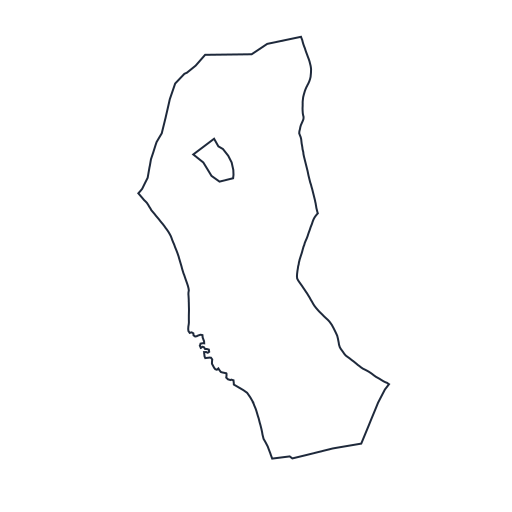 the district of Al Bayda, Al Bayda', Yemen, rotated 166°
{"feature_id": "15242507B85556873908580", "entity_name": "Al Bayda", "entity_type": "district", "adm_level": 2, "iso_a3": "YEM", "parent_name": "Yemen", "parent_adm1": "Al Bayda'", "projection": "robinson", "projection_center": [45.56, 14.065], "detail": "fine", "context": "isolated", "style": "outline", "palette": "slate", "viewbox_px": 512, "rotation_deg": 166, "n_neighbors": 0, "source": "geoboundaries", "source_scale": "gbopen_adm2", "svg_char_len": 5890}
<svg xmlns="http://www.w3.org/2000/svg" viewBox="0 0 512 512"><g transform="rotate(166 256 256)"><path d="M256.7,463.5L268.5,455.3L271.5,453.9L274.5,452.5L278.4,450.7L278.5,450.6L281.4,450.1L292.7,442.9L301.7,429.0L303.7,425.0L307.2,418.1L309.5,413.6L310.7,411.2L310.9,410.9L312.2,408.4L314.9,403.3L317.8,397.8L319.3,396.3L321.3,394.3L324.9,390.6L326.7,387.8L330.8,381.1L334.5,375.3L337.2,369.2L337.9,367.8L342.2,358.1L346.0,353.7L350.2,348.7L352.5,347.0L355.0,345.3L354.1,343.5L353.1,341.5L352.0,339.3L351.1,337.4L350.0,335.7L349.2,334.3L349.0,333.9L348.3,331.9L348.1,331.3L347.7,329.8L347.0,327.8L346.7,326.7L346.5,325.8L345.5,323.8L344.3,321.4L343.4,319.3L342.5,317.5L341.4,315.3L340.5,313.2L339.6,311.3L338.6,309.3L338.4,308.8L337.7,307.2L336.8,304.8L336.5,304.2L335.9,302.7L335.1,300.5L334.4,298.1L333.9,296.1L333.6,294.0L333.4,291.7L333.1,289.8L333.1,289.4L333.0,289.0L332.7,287.4L332.7,287.1L332.6,286.6L332.4,284.3L332.1,282.3L331.8,280.2L331.6,278.5L331.5,277.7L331.3,275.2L331.2,274.3L331.2,273.0L331.1,270.8L331.0,268.5L330.9,266.3L330.8,263.9L330.8,261.8L330.7,259.5L330.6,258.2L330.6,257.3L330.4,255.6L330.3,255.1L330.1,252.6L329.9,250.2L329.7,248.2L329.5,246.1L329.3,243.3L329.3,242.9L329.3,241.0L329.5,238.9L330.4,236.8L330.9,235.0L330.9,234.8L331.3,232.6L331.7,230.5L332.1,228.7L332.2,228.4L332.3,227.9L332.5,226.8L332.6,226.5L332.7,226.0L333.3,223.4L333.8,221.1L334.2,219.4L335.5,214.7L336.5,210.7L337.2,207.7L337.8,206.0L338.7,203.9L339.4,201.7L339.5,201.2L339.7,199.5L338.9,197.4L338.0,197.5L337.0,197.5L336.4,197.0L335.5,196.1L335.8,194.1L334.9,193.1L334.5,192.6L334.4,192.6L332.9,192.5L331.7,192.8L330.7,192.9L329.5,193.0L328.8,193.0L327.1,192.2L327.4,190.3L327.4,190.2L327.4,189.9L327.5,189.6L327.3,188.8L327.3,188.1L327.0,185.9L327.4,183.8L328.2,184.1L328.4,184.2L328.7,184.2L329.2,184.3L331.0,184.4L331.6,183.3L332.2,182.6L331.9,181.1L331.8,180.1L331.7,180.1L330.0,180.9L329.4,180.6L328.6,180.1L328.0,178.4L327.9,178.1L326.1,177.6L324.4,176.6L324.6,174.4L326.2,173.8L327.2,174.5L327.6,174.9L327.8,174.9L329.6,175.3L329.6,175.1L329.9,173.8L329.9,173.3L330.2,171.2L330.2,170.8L329.9,169.2L329.7,169.2L326.1,168.7L325.7,168.7L325.2,168.5L324.3,168.2L323.5,166.2L323.7,165.7L324.3,164.0L324.8,162.1L323.7,157.8L322.9,156.0L321.5,155.1L319.7,156.0L319.4,154.8L318.2,152.0L317.1,151.3L313.2,149.4L313.1,148.9L313.5,147.2L314.3,145.2L313.0,143.1L310.8,141.8L309.9,142.0L307.9,140.8L308.0,140.3L308.2,138.9L308.2,138.7L308.5,137.0L308.6,136.8L308.6,136.6L308.3,136.3L300.9,129.1L297.7,125.4L295.7,120.1L294.3,115.1L294.2,114.9L294.4,114.8L294.0,113.0L293.9,112.0L293.9,111.7L293.7,110.5L293.3,108.0L293.1,105.6L293.0,103.2L292.9,100.5L292.7,97.8L292.7,95.3L292.7,93.3L292.6,91.0L292.6,88.7L292.6,88.4L292.6,86.6L292.7,83.7L292.9,81.2L292.9,80.4L292.9,78.8L292.9,76.7L292.3,74.7L291.7,72.5L291.2,70.4L290.7,68.3L290.4,65.5L290.1,63.0L289.8,60.5L289.8,60.0L289.6,58.2L289.3,55.5L271.8,53.4L269.7,50.8L255.1,50.7L228.3,50.7L224.0,50.4L199.3,48.5L199.1,48.8L198.9,49.0L187.6,64.3L183.6,69.8L177.9,77.5L173.0,84.2L163.2,95.3L158.0,99.4L158.3,99.7L159.5,101.2L161.1,102.3L162.6,103.6L164.3,105.3L165.9,107.0L167.4,108.4L168.9,109.8L170.0,111.1L170.6,111.8L171.9,113.5L173.2,115.0L173.5,115.3L174.6,116.5L176.1,117.9L177.8,119.4L179.5,120.8L181.1,122.6L182.3,124.2L183.6,125.7L184.2,126.6L185.0,127.7L186.2,129.3L187.1,130.5L187.6,131.0L189.0,132.8L189.9,134.0L190.4,134.6L191.7,136.1L193.0,137.7L194.0,139.7L194.8,141.9L195.7,144.1L196.3,145.6L196.4,146.0L196.8,147.6L196.8,148.0L196.8,148.4L196.9,149.7L196.9,150.0L196.7,152.0L196.6,154.2L196.5,155.9L196.5,156.7L196.5,159.0L196.9,161.2L197.3,163.2L197.8,165.5L198.4,168.1L198.8,169.5L198.9,170.2L199.6,172.1L200.6,174.6L201.7,176.6L203.1,178.7L204.6,181.0L205.8,183.1L207.1,185.2L208.2,187.0L209.2,188.9L210.4,191.3L211.4,193.6L212.1,195.7L212.7,198.0L213.4,200.2L214.0,202.6L214.8,205.1L215.5,207.4L216.2,209.2L216.3,209.4L216.6,210.4L216.8,210.9L217.0,211.5L217.8,213.6L218.6,215.9L219.4,217.9L220.3,220.2L221.0,222.1L221.5,224.2L221.2,226.3L220.5,228.6L219.4,231.5L218.4,233.8L217.6,235.8L216.6,237.6L215.8,239.6L215.1,240.8L214.9,241.2L214.8,241.5L214.0,242.8L213.7,243.3L212.6,245.1L211.2,247.3L210.2,249.0L209.1,251.0L208.0,252.9L207.8,253.3L206.5,255.1L205.5,256.9L203.8,259.2L202.6,260.7L201.2,262.7L200.1,264.5L198.8,266.5L198.1,267.5L197.5,268.4L196.3,270.3L196.0,270.8L195.4,271.6L195.2,271.9L193.9,273.7L192.8,275.5L191.4,277.5L189.9,279.2L188.3,280.6L186.4,282.0L185.7,282.4L185.8,283.8L185.8,285.9L185.8,288.0L185.6,290.2L185.5,291.8L185.4,292.7L185.4,294.2L185.3,295.4L185.3,297.7L185.3,300.3L185.3,302.9L185.3,305.1L185.3,307.4L185.4,309.6L185.4,311.8L185.6,314.3L185.6,316.5L185.6,318.8L185.6,321.3L185.5,323.6L185.4,325.8L185.4,328.4L185.4,330.4L185.4,332.4L185.4,334.5L185.4,336.6L185.4,338.8L185.4,340.9L185.3,343.4L185.0,345.4L185.0,347.5L185.0,348.4L184.8,349.8L184.6,352.0L184.5,354.0L184.2,356.3L183.9,358.4L183.9,360.5L184.2,362.7L184.4,364.6L183.7,366.6L182.7,368.4L182.1,369.7L181.9,370.2L180.8,372.1L179.4,373.9L178.0,375.7L177.1,377.0L176.8,377.5L176.2,379.4L176.2,381.5L176.1,382.9L176.0,383.6L175.6,385.8L175.1,388.1L174.4,390.4L174.1,391.7L173.9,392.3L173.7,393.3L173.3,394.7L172.6,396.6L171.8,398.7L170.7,400.8L169.6,402.7L168.6,404.4L167.9,405.4L167.4,406.1L166.1,407.8L165.5,408.4L164.8,409.3L163.5,410.7L162.9,411.5L162.1,412.5L160.8,414.5L159.7,416.6L159.0,418.6L158.3,420.6L157.7,422.8L157.5,423.4L157.4,423.9L157.2,425.1L157.0,427.3L157.0,429.4L157.0,431.9L157.2,434.5L157.5,436.9L157.7,438.9L158.0,441.5L158.2,443.6L158.3,445.6L158.6,447.8L158.8,449.9L158.9,452.0L158.9,454.4L159.2,456.5L159.3,457.8L193.8,459.1L211.4,452.8L223.7,455.7L256.7,463.5ZM273.4,337.0L279.8,344.5L282.1,351.9L284.5,359.5L292.3,369.7L268.3,379.9L266.0,371.5L262.2,367.8L258.7,360.0L257.2,353.5L257.0,352.7L257.2,345.0L258.2,340.2L259.4,337.0L273.4,337.0Z" fill="none" stroke="#1e293b" stroke-width="2"/></g></svg>